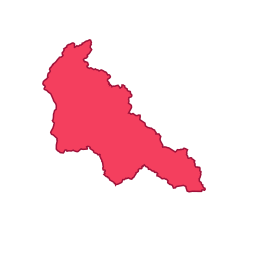 the border of Khanty-Mansiy, rotated 31°
{"feature_id": "RUS-2396", "entity_name": "Khanty-Mansiy", "entity_type": "Autonomous Province", "adm_level": 1, "iso_a3": "RUS", "parent_name": "Russia", "parent_adm1": "", "projection": "mercator", "projection_center": [69.975, 62.153], "detail": "fine", "context": "isolated", "style": "filled", "palette": "rose", "viewbox_px": 256, "rotation_deg": 31, "n_neighbors": 0, "source": "natural_earth", "source_scale": "10m", "svg_char_len": 5776}
<svg xmlns="http://www.w3.org/2000/svg" viewBox="0 0 256 256"><g transform="rotate(31 128 128)"><path d="M33.6,134.7L32.4,134.1L32.2,133.8L31.6,132.0L31.6,131.4L32.1,129.9L32.3,128.9L32.8,128.5L33.0,127.8L33.0,127.0L33.3,125.7L32.4,125.1L31.9,123.8L31.5,122.4L31.5,121.9L32.0,121.5L32.0,120.8L32.2,119.6L32.1,119.4L31.7,118.8L30.7,118.4L30.4,117.6L30.3,116.7L30.3,116.4L30.8,115.9L30.8,115.7L30.6,114.7L31.1,113.2L30.7,112.6L30.7,112.4L31.2,112.0L31.0,111.4L31.7,109.9L32.2,107.9L32.4,105.2L32.8,104.2L32.8,102.7L34.3,101.5L34.8,100.2L34.9,99.3L34.8,99.0L34.0,98.9L32.9,97.6L32.9,96.8L33.3,95.9L33.1,95.1L33.1,93.9L32.2,93.3L32.4,92.6L32.9,91.9L33.1,91.0L33.6,90.6L33.8,90.2L33.3,89.4L33.4,88.3L34.1,87.0L35.1,86.2L36.1,84.4L37.0,83.4L38.2,83.3L39.0,83.6L39.1,83.8L39.1,84.2L39.2,84.4L40.3,85.6L40.4,86.3L40.7,86.4L41.6,84.5L41.8,83.8L43.1,83.7L43.9,82.3L44.0,81.7L45.0,81.2L45.1,80.5L45.7,79.6L45.1,79.0L46.2,77.7L46.9,76.0L47.5,74.9L48.3,74.4L49.6,72.3L50.7,72.0L52.6,73.6L52.9,75.1L53.6,75.5L53.3,76.7L54.1,78.4L56.5,79.5L56.5,80.3L56.5,80.9L56.4,81.6L56.5,82.4L56.4,83.6L56.3,84.5L55.6,85.9L55.5,86.4L55.6,86.7L56.3,87.0L56.5,87.4L56.6,87.9L56.3,88.2L56.4,89.1L56.0,89.8L54.9,90.7L54.8,91.3L54.5,92.2L55.6,93.2L56.6,93.1L57.1,93.5L57.6,93.0L59.6,92.7L60.7,93.7L61.2,93.8L61.6,95.2L60.9,96.0L61.4,96.7L62.3,97.0L64.3,96.8L64.4,96.6L64.5,96.2L65.2,95.5L68.7,95.5L69.6,94.1L70.7,94.3L72.4,93.7L73.8,94.0L74.9,92.3L75.4,91.9L77.8,91.7L78.9,91.9L79.9,91.5L80.9,91.6L83.2,92.9L83.3,92.6L84.8,92.1L86.2,92.8L86.6,93.3L86.6,94.1L86.3,95.1L85.6,96.0L85.7,96.4L85.6,97.2L85.8,97.7L86.3,98.2L88.3,98.8L88.3,99.4L89.0,99.5L89.1,100.2L90.0,99.9L90.3,100.0L90.4,100.4L90.6,100.0L91.3,100.3L92.1,100.2L92.9,101.0L93.9,99.6L94.5,99.4L95.7,98.5L95.9,98.0L97.5,96.5L99.4,97.2L100.5,97.9L100.8,97.8L100.9,97.0L101.6,96.0L100.7,94.2L101.8,93.6L102.6,93.8L103.4,93.6L104.6,95.0L107.1,94.9L107.7,95.8L109.0,96.2L109.7,96.2L110.7,95.6L111.3,95.7L112.5,97.3L113.9,97.5L114.6,98.3L114.8,99.0L114.7,99.6L113.1,101.5L113.6,102.5L113.7,103.2L114.2,103.5L115.0,104.5L115.7,106.6L117.8,106.6L119.2,106.9L120.3,108.3L120.5,108.9L120.8,114.9L122.2,114.3L123.5,114.6L124.8,113.0L128.4,113.3L129.7,112.4L130.3,111.5L131.7,110.8L132.4,111.6L132.3,111.8L133.0,112.8L133.6,114.5L134.6,114.9L135.1,114.8L140.0,115.1L141.9,117.2L144.9,117.4L145.7,116.9L146.6,116.9L148.2,116.1L149.9,116.4L151.8,116.1L152.4,116.6L154.6,117.6L155.0,118.7L157.4,117.3L157.9,117.2L158.9,118.0L160.4,118.3L161.1,120.9L161.3,121.2L162.6,122.5L166.7,124.9L167.2,126.2L167.6,126.5L168.5,125.8L170.2,124.8L171.3,124.7L173.3,124.0L180.8,124.2L181.0,124.0L181.4,122.7L181.5,121.2L181.8,120.9L182.7,120.6L184.2,119.4L184.3,119.0L185.1,118.8L185.6,118.1L186.1,117.9L186.3,117.4L186.4,116.5L187.7,116.2L190.2,116.0L190.3,117.1L190.7,118.3L190.8,118.7L191.7,119.7L191.9,120.7L193.8,121.5L194.0,122.1L195.1,122.9L195.5,122.8L197.2,121.1L197.9,120.9L199.0,121.6L200.1,121.4L202.2,121.8L202.2,122.1L202.1,123.0L204.1,124.4L204.2,124.6L204.1,125.2L204.2,125.4L206.1,126.5L206.3,126.5L207.9,125.5L208.1,125.8L208.3,125.8L209.5,124.9L209.8,124.9L210.9,126.1L211.2,127.1L211.4,127.5L212.0,127.8L212.8,127.7L213.1,127.9L213.4,128.6L213.4,129.4L214.3,130.1L215.3,133.7L215.1,134.6L215.2,135.1L216.0,135.7L216.3,136.6L217.4,137.0L218.0,136.9L218.6,137.0L219.3,137.5L219.8,138.2L220.6,138.6L221.4,138.3L222.1,139.5L223.9,140.3L224.9,140.0L225.7,140.7L225.7,141.3L225.7,141.8L225.6,142.0L224.3,142.3L223.3,143.1L223.3,143.6L223.7,144.4L223.5,144.6L215.9,149.0L213.2,151.2L211.2,151.6L208.5,149.3L207.7,148.3L205.1,148.6L199.7,153.2L199.5,153.5L199.5,154.8L197.9,156.1L196.0,154.6L195.5,154.3L193.4,154.5L193.0,154.8L190.4,154.5L190.1,154.2L189.8,153.8L189.6,152.7L187.4,152.1L186.6,152.5L185.2,152.5L183.4,154.0L181.0,153.6L178.4,153.7L177.5,154.1L176.9,153.2L176.9,152.5L177.1,152.0L176.6,151.9L176.1,151.5L174.6,151.6L174.1,152.2L173.4,152.3L172.5,151.6L170.9,152.4L168.3,152.0L166.9,152.8L166.6,152.7L166.2,152.1L165.3,151.6L164.3,151.6L163.1,151.9L160.9,151.2L160.8,151.5L160.7,153.1L160.1,153.0L159.9,153.4L159.9,154.3L160.4,154.6L160.6,155.3L160.5,155.6L160.3,156.1L158.7,156.9L158.6,157.2L158.4,158.3L158.3,158.8L158.8,159.0L159.1,159.9L158.6,161.3L157.9,162.2L158.4,162.9L158.3,164.8L158.3,167.4L158.2,167.8L157.6,168.3L157.6,169.9L156.1,170.5L154.1,170.5L152.8,172.2L152.1,172.2L151.5,174.1L150.1,174.9L150.1,175.2L150.6,177.7L150.2,178.5L148.3,181.3L146.7,182.8L146.7,183.2L145.6,182.2L144.8,182.5L144.3,182.0L143.7,181.8L139.0,181.9L138.1,181.0L137.3,180.7L136.5,180.9L135.6,180.3L134.6,180.8L134.2,180.8L131.2,180.2L131.6,178.9L130.7,178.3L130.6,178.0L130.5,177.8L130.8,176.8L130.4,176.2L129.9,176.0L128.4,176.7L127.5,176.0L126.9,175.0L126.9,174.1L126.8,173.9L126.2,173.4L124.7,171.5L124.1,170.9L123.7,170.3L122.8,170.1L122.0,169.0L120.2,168.0L119.6,167.4L118.5,166.8L117.7,165.2L117.2,165.3L116.4,166.4L116.2,166.5L114.8,165.9L111.9,166.5L110.8,166.2L110.1,165.3L106.2,165.2L105.9,165.1L105.7,164.3L105.6,164.1L103.9,164.0L102.7,164.7L102.2,165.4L103.7,166.5L103.9,166.8L103.9,167.0L100.6,169.4L99.0,170.1L98.6,170.0L98.4,170.4L97.3,173.8L97.0,174.2L95.8,174.8L93.4,175.3L92.5,175.2L91.2,176.9L89.0,178.0L87.6,179.3L86.8,178.6L85.5,179.2L85.4,179.6L85.5,182.2L85.4,182.7L82.6,184.0L81.6,183.7L79.3,183.7L77.4,183.0L75.3,179.4L73.9,175.2L73.2,174.9L73.0,174.5L72.9,173.8L72.6,173.5L67.5,172.4L66.1,172.7L65.4,172.6L64.0,171.6L63.9,171.2L63.7,168.3L63.7,166.9L63.0,163.9L62.6,163.1L62.5,162.1L62.2,161.6L60.8,161.4L59.3,160.5L59.5,159.8L59.5,159.4L58.5,157.1L57.0,154.4L56.7,152.8L56.1,151.1L56.2,150.3L56.8,149.0L55.1,145.8L53.6,144.4L50.1,142.9L49.8,142.4L44.5,138.6L43.0,138.3L41.5,138.3L39.1,137.6L36.4,138.0L35.8,137.5L35.7,136.0L35.9,135.4L35.8,135.2L34.3,134.4L33.6,134.7Z" fill="#f43f5e" stroke="#9f1239" stroke-width="1.5"/></g></svg>